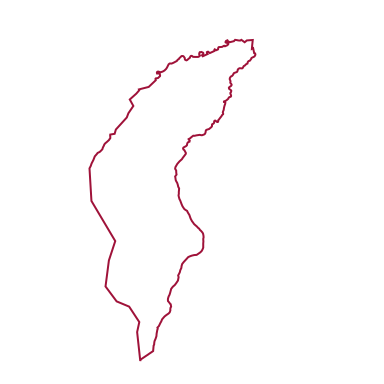 Santa Catarina Quioquitani, Oaxaca, Mexico (Robinson projection), rotated 62°
{"feature_id": "50627088B43254077601516", "entity_name": "Santa Catarina Quioquitani", "entity_type": "district", "adm_level": 2, "iso_a3": "MEX", "parent_name": "Mexico", "parent_adm1": "Oaxaca", "projection": "robinson", "projection_center": [-96.284, 16.318], "detail": "fine", "context": "isolated", "style": "outline", "palette": "rose", "viewbox_px": 384, "rotation_deg": 62, "n_neighbors": 0, "source": "geoboundaries", "source_scale": "gbopen_adm2", "svg_char_len": 5728}
<svg xmlns="http://www.w3.org/2000/svg" viewBox="0 0 384 384"><g transform="rotate(62 192 192)"><path d="M84.9,70.2L83.9,72.5L84.3,74.1L84.5,75.2L80.8,77.0L80.9,78.4L79.8,80.1L79.1,80.9L77.9,82.5L78.5,84.2L77.5,88.2L76.0,89.4L74.7,89.5L74.6,90.5L74.6,91.0L74.9,91.4L75.1,91.7L75.3,92.0L75.6,92.1L76.3,91.7L76.5,91.5L76.5,91.1L76.7,90.7L77.9,90.3L78.2,90.3L78.6,90.7L78.8,91.2L79.0,92.0L78.8,94.5L78.0,94.9L77.9,95.5L78.0,96.5L78.0,97.3L77.7,98.0L77.1,99.4L76.9,99.7L76.7,100.1L76.7,100.6L76.9,100.9L77.2,101.3L77.5,101.5L78.0,101.8L78.3,102.1L78.2,104.0L77.9,104.3L77.6,104.7L76.7,104.9L76.8,105.3L77.2,105.5L77.6,105.9L78.0,106.0L77.7,111.1L77.3,111.3L76.4,111.6L75.6,112.0L75.5,112.8L75.5,113.2L75.7,113.3L76.2,113.5L76.6,113.6L77.1,113.7L77.5,113.6L77.2,118.8L76.5,118.9L76.1,119.0L75.8,118.7L75.7,118.2L75.7,117.7L75.5,117.3L75.2,117.0L74.5,116.8L74.2,116.9L73.8,117.1L73.3,117.6L72.7,118.1L72.7,118.5L72.2,119.5L72.5,120.0L72.9,120.3L73.3,120.6L73.5,120.9L74.5,121.1L74.9,120.9L75.2,120.9L75.5,121.3L75.6,121.9L75.7,122.7L75.5,123.4L75.2,124.0L74.7,124.9L74.5,125.3L74.2,125.9L73.8,126.5L73.6,126.8L73.3,127.4L73.0,127.7L72.6,127.8L72.2,128.0L71.8,128.2L71.6,128.5L71.4,128.8L71.4,129.3L71.5,129.5L71.6,129.9L71.9,130.2L72.1,130.5L72.5,130.9L72.6,131.6L72.7,132.2L73.0,133.4L73.2,134.2L73.2,134.7L73.1,135.2L72.7,135.5L72.2,135.9L71.6,136.0L71.2,135.9L70.8,135.7L70.3,135.5L69.9,135.5L69.4,135.6L68.6,135.7L68.0,135.9L67.6,136.4L67.3,136.8L67.1,137.5L67.3,138.2L67.6,139.1L67.8,140.1L68.4,141.2L68.5,142.6L69.1,143.6L69.2,144.7L69.2,147.6L69.1,149.1L68.9,150.0L68.5,150.6L68.1,151.2L68.1,151.8L68.3,152.7L69.0,153.7L69.7,154.7L70.3,155.5L71.2,157.1L71.4,157.9L71.8,159.2L71.9,160.9L71.8,162.1L71.7,162.5L71.5,163.2L71.6,163.6L71.1,164.1L70.2,164.8L69.8,165.3L69.6,165.8L69.6,166.3L69.9,166.8L70.4,167.1L71.0,167.2L71.3,166.5L71.8,165.7L72.2,165.1L73.2,165.2L74.2,165.5L74.7,165.9L75.4,168.5L75.0,169.8L74.7,170.6L75.0,171.2L75.7,171.3L76.3,171.5L78.9,180.9L76.5,190.7L77.4,190.8L79.0,195.0L81.1,203.5L88.5,203.4L92.6,211.2L95.6,214.6L101.1,229.9L104.3,233.0L102.9,237.2L103.8,237.8L104.3,238.0L105.1,238.3L106.3,239.1L106.6,240.1L107.1,240.8L107.6,242.7L107.9,243.9L108.3,245.8L108.9,247.2L109.6,247.9L110.9,249.8L112.2,251.1L112.8,252.9L113.3,254.7L113.2,257.0L113.8,258.2L114.9,261.1L117.4,264.0L119.7,267.3L121.5,269.2L123.0,271.4L152.7,285.0L199.3,282.8L213.4,297.5L234.8,312.7L253.2,309.9L263.7,301.3L282.1,299.6L289.9,306.2L316.9,317.0L315.8,315.9L314.2,301.0L309.6,298.0L309.0,297.1L307.4,296.1L306.1,295.1L304.6,293.2L302.6,291.1L300.4,289.7L297.4,287.3L296.6,286.4L295.5,286.2L294.9,284.3L293.3,282.1L292.5,281.0L292.0,280.1L290.4,278.2L289.4,275.7L289.0,274.6L288.6,272.4L288.3,269.7L287.8,268.2L286.4,266.7L285.5,266.3L284.1,265.3L283.5,264.3L281.1,263.5L280.2,263.9L279.3,263.9L277.0,264.4L275.7,263.8L274.8,263.2L273.2,261.6L272.2,260.1L270.6,258.5L267.7,255.8L266.6,253.3L266.1,251.0L265.2,249.0L263.6,246.0L260.9,243.8L259.2,243.4L257.2,240.5L255.5,239.0L254.1,237.1L252.4,235.9L250.9,234.4L249.9,232.1L248.5,228.1L247.7,225.9L247.8,224.1L248.1,222.0L248.7,219.7L249.7,217.4L249.5,215.5L249.2,213.0L248.6,211.1L247.6,209.6L246.4,208.2L242.8,206.3L241.1,205.2L238.7,204.1L237.4,203.0L235.7,202.3L234.0,201.8L232.7,201.8L230.5,202.3L229.2,202.8L227.7,202.9L226.4,203.5L224.7,203.9L223.2,204.5L221.3,205.2L218.9,205.5L217.8,205.7L214.9,205.7L212.2,205.3L211.2,205.1L208.2,205.3L206.4,205.2L204.5,206.3L203.3,206.8L200.3,207.1L197.7,206.9L194.0,206.4L192.3,206.4L190.1,205.9L188.7,205.5L187.3,204.4L185.9,203.7L185.0,203.1L182.8,201.7L180.9,201.7L178.7,201.1L176.9,200.8L175.2,200.9L173.9,200.8L171.4,199.9L170.4,199.6L169.6,198.0L169.4,197.5L167.7,196.9L165.6,195.9L163.6,196.0L163.5,195.9L162.3,195.0L160.3,191.8L159.1,188.7L158.3,185.5L157.5,184.1L156.0,180.8L155.4,179.6L154.7,179.1L153.5,179.1L151.5,179.1L150.4,179.6L149.3,179.4L148.8,178.8L148.7,178.2L148.7,175.8L148.4,174.6L148.0,174.3L146.7,173.2L146.2,172.0L146.4,170.6L145.6,169.9L144.1,170.3L143.7,170.2L143.7,169.2L143.7,168.3L143.3,167.0L142.9,164.5L143.6,163.3L144.1,161.4L144.6,160.0L145.2,158.3L146.2,157.2L146.6,156.4L146.9,154.4L146.7,153.2L145.8,152.1L144.4,151.1L143.9,150.2L144.1,148.9L144.4,147.4L144.1,145.9L143.8,144.4L143.3,143.5L142.7,143.1L142.0,142.8L141.6,142.2L141.7,141.6L141.7,141.1L141.5,140.6L141.4,140.2L141.2,139.9L140.8,139.7L140.1,139.3L139.7,138.7L139.7,138.4L139.8,138.0L140.3,137.7L140.9,137.4L141.9,137.0L142.2,136.6L142.3,136.3L142.0,135.8L141.6,135.6L141.0,135.2L140.7,134.4L140.4,133.7L140.0,132.9L139.7,132.2L138.9,130.4L138.2,129.3L137.9,128.0L137.2,127.6L136.1,127.4L135.4,126.7L134.4,125.5L132.9,124.4L131.4,123.1L129.6,121.2L128.7,120.6L127.9,120.9L127.5,121.5L127.1,121.3L127.0,121.0L127.2,120.3L127.3,119.6L127.2,118.5L126.9,117.1L126.7,116.2L125.9,115.2L125.8,114.4L126.0,113.4L126.0,112.9L125.6,112.4L124.8,112.1L123.5,112.0L122.6,111.7L122.3,111.0L121.8,110.4L121.1,109.8L120.1,109.9L119.2,110.4L118.2,110.8L117.3,110.5L116.9,109.7L116.8,108.5L116.6,107.5L116.0,106.7L114.9,106.6L114.0,106.9L113.1,106.7L112.6,106.2L111.9,105.9L110.5,105.8L110.0,105.7L109.2,105.1L108.7,104.4L108.3,103.4L108.3,102.6L108.3,101.9L107.9,101.0L107.4,100.1L107.0,99.8L106.7,99.0L106.9,97.6L107.1,96.0L106.8,95.4L106.2,94.7L105.4,94.1L105.0,93.0L105.1,91.8L105.7,90.7L106.2,90.1L106.4,89.5L106.2,88.8L105.8,88.2L105.2,87.4L105.1,87.0L105.2,86.3L105.0,85.5L104.7,84.7L104.6,84.4L104.6,83.8L104.6,83.3L104.6,82.9L104.6,82.7L104.2,82.4L103.5,81.8L103.1,81.0L103.0,80.4L103.2,79.4L103.1,78.8L102.7,78.3L102.3,77.3L101.8,76.8L101.6,76.5L101.6,76.0L101.6,75.1L101.7,74.2L101.6,73.1L101.3,72.6L100.6,71.6L99.3,71.2L98.6,71.9L93.7,70.5L93.7,71.9L90.6,69.9L86.3,67.0L84.9,70.2Z" fill="none" stroke="#9f1239" stroke-width="2"/></g></svg>